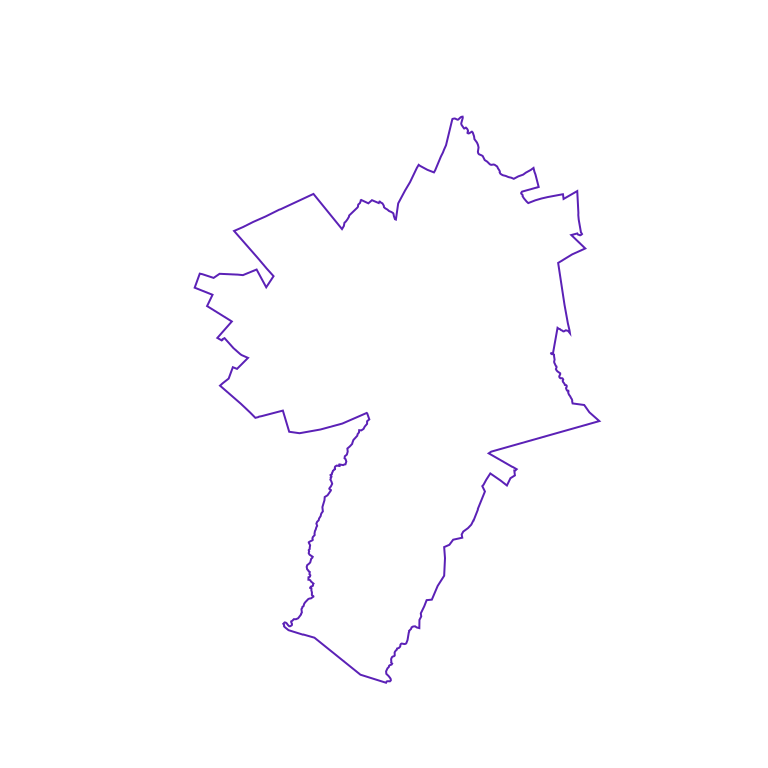 the district of Chirumhanzu, Midlands, Zimbabwe, rotated 23°
{"feature_id": "62879985B8175030067165", "entity_name": "Chirumhanzu", "entity_type": "district", "adm_level": 2, "iso_a3": "ZWE", "parent_name": "Zimbabwe", "parent_adm1": "Midlands", "projection": "orthographic", "projection_center": [30.527, -19.353], "detail": "fine", "context": "isolated", "style": "outline", "palette": "violet", "viewbox_px": 768, "rotation_deg": 23, "n_neighbors": 0, "source": "geoboundaries", "source_scale": "gbopen_adm2", "svg_char_len": 6165}
<svg xmlns="http://www.w3.org/2000/svg" viewBox="0 0 768 768"><g transform="rotate(23 384 384)"><path d="M437.2,126.7L435.4,129.7L432.0,134.0L430.3,136.9L426.5,140.4L423.3,144.4L420.4,144.4L417.8,144.9L414.8,144.9L411.7,145.4L410.1,145.2L408.9,144.9L407.8,144.0L407.8,143.5L407.0,142.5L404.6,140.9L403.2,139.6L400.3,139.0L399.2,139.1L397.0,140.4L395.6,140.4L392.1,139.0L389.2,138.5L385.8,135.6L384.5,135.4L381.7,135.4L380.7,134.9L379.7,133.6L378.6,129.3L377.0,127.1L375.2,125.4L371.6,123.3L370.1,120.8L367.4,117.8L366.3,117.4L364.4,120.0L363.7,120.4L362.8,120.3L362.5,119.5L362.6,118.5L362.1,117.7L360.8,116.6L359.2,116.0L358.3,117.3L357.8,117.5L354.2,115.2L353.4,114.3L353.2,113.6L352.5,108.2L351.9,107.2L351.3,107.5L350.4,108.4L349.0,111.6L348.3,112.0L345.7,111.9L344.9,112.2L343.5,113.2L343.4,113.4L347.8,140.0L347.7,145.0L347.8,147.9L347.5,152.3L347.6,167.4L347.3,169.7L340.3,169.9L331.8,169.1L330.3,168.7L329.8,172.3L329.1,188.0L327.8,197.6L326.5,212.2L330.7,228.0L329.7,228.0L327.6,225.7L326.1,223.5L325.5,223.1L323.6,222.8L321.1,222.8L318.9,222.1L316.5,221.8L315.0,221.3L314.0,219.8L311.9,218.3L310.7,218.3L308.8,217.7L308.6,217.8L308.5,219.5L301.1,219.5L299.0,223.8L291.1,223.5L290.8,224.0L291.1,224.7L291.1,227.0L290.2,228.8L290.3,229.6L290.7,230.6L290.7,231.7L286.1,242.5L286.4,243.7L286.0,246.8L285.3,249.6L284.6,250.9L285.3,254.3L284.8,257.8L244.8,236.6L220.5,263.6L219.5,264.4L209.6,276.0L200.3,285.9L193.0,294.5L186.2,301.7L218.1,317.1L231.0,323.6L240.2,327.9L237.8,341.0L222.0,328.4L211.6,338.9L206.8,340.4L189.6,346.8L185.7,352.9L173.9,353.9L171.3,354.4L172.1,369.3L191.3,368.9L190.7,381.4L219.5,385.9L212.6,406.7L217.6,407.3L218.1,406.4L217.9,405.8L219.3,404.1L231.4,409.8L239.8,412.6L241.5,413.0L248.6,413.1L242.8,427.5L238.3,427.6L238.9,439.7L235.2,446.4L233.7,449.6L259.9,458.1L272.0,462.6L278.8,465.4L281.2,463.6L281.7,462.9L283.8,461.5L301.3,448.0L315.4,465.0L325.5,462.3L343.3,450.7L361.1,436.7L379.4,417.4L380.1,417.7L384.3,422.3L383.0,424.9L384.0,427.3L382.9,430.7L382.7,433.4L381.2,435.6L379.2,436.2L379.9,438.4L379.3,440.4L379.6,442.1L377.7,447.5L377.9,450.6L378.1,451.6L376.9,454.9L375.5,457.7L377.0,460.4L377.4,463.5L376.2,465.8L376.7,467.8L378.0,468.2L379.6,470.1L379.9,473.0L379.0,473.5L378.1,474.6L374.3,475.5L374.3,475.8L375.1,476.2L375.2,476.8L372.3,477.6L371.3,479.1L371.3,479.9L372.1,481.2L372.2,481.6L371.5,482.2L371.5,482.8L370.9,483.9L371.1,484.8L370.9,485.8L371.3,487.6L371.2,487.9L370.7,488.1L370.3,488.7L370.9,489.4L371.9,489.9L371.9,490.2L371.5,491.1L372.1,492.0L372.0,493.0L373.6,494.2L375.3,496.1L375.1,499.3L374.7,500.2L374.5,501.6L374.8,502.0L376.6,502.4L376.7,502.8L375.5,508.5L373.6,511.2L374.6,514.2L375.4,521.4L377.5,525.2L377.0,527.0L376.9,528.4L377.3,530.3L376.8,533.2L377.1,535.0L376.3,536.9L376.3,538.9L377.9,540.7L377.7,542.4L378.0,544.6L377.9,546.4L378.5,548.9L379.2,550.1L378.3,552.7L378.4,554.0L379.2,555.1L379.3,555.7L377.7,557.5L376.6,559.0L376.7,559.4L379.0,561.3L379.6,563.8L380.1,564.9L379.6,566.1L379.8,566.7L380.5,567.3L380.7,568.8L380.9,569.3L382.2,570.2L385.9,570.9L385.9,571.9L385.3,573.4L385.8,577.1L385.2,578.7L384.1,580.7L384.3,582.6L385.7,584.6L387.4,585.3L387.8,585.8L389.1,586.0L389.3,586.6L389.3,587.1L389.6,587.5L389.7,588.2L390.9,588.8L391.1,590.1L390.9,590.6L390.0,591.4L390.9,593.7L391.8,593.4L392.9,593.5L393.9,594.3L397.1,595.3L396.9,596.0L397.3,596.9L397.3,597.7L395.9,599.1L395.6,600.3L395.8,600.6L396.7,600.2L397.3,600.9L397.6,602.1L399.1,604.0L400.0,606.3L400.3,606.6L401.8,606.9L402.1,607.3L400.5,609.9L399.1,610.7L398.3,611.6L396.8,615.6L396.4,617.3L396.7,620.0L396.0,621.0L396.2,622.0L396.0,623.5L397.7,626.5L397.5,627.3L397.5,628.3L397.7,628.6L396.5,633.2L394.9,634.9L392.9,635.7L392.1,637.8L391.3,638.8L391.7,639.6L392.9,640.6L393.4,641.7L393.2,642.4L392.2,643.7L391.4,644.0L390.0,643.5L387.7,642.2L387.0,642.1L385.9,642.2L385.7,642.3L385.0,644.1L386.3,644.9L386.5,645.9L387.4,646.5L392.3,647.9L407.4,646.4L407.7,646.1L419.1,644.7L475.9,660.8L502.6,658.2L502.7,656.8L503.6,656.1L505.6,655.4L506.1,654.2L505.5,653.0L504.5,652.2L502.3,651.0L499.4,649.9L498.2,647.7L498.3,644.4L499.0,642.7L498.8,641.3L499.3,640.5L500.6,639.3L500.8,638.2L499.4,637.6L499.2,636.6L498.2,634.8L498.0,634.0L498.1,632.2L498.7,631.3L499.6,630.6L499.9,630.0L499.9,629.6L498.7,627.0L498.7,626.2L499.1,624.5L499.6,623.6L499.4,622.4L500.8,621.2L501.4,619.7L501.4,618.8L501.0,617.7L501.1,616.8L501.7,616.0L504.4,615.4L505.4,614.7L505.8,614.0L505.7,610.5L503.9,603.0L504.0,602.2L503.5,601.5L504.6,598.9L504.5,597.2L505.5,595.9L507.3,594.9L509.3,595.3L511.9,594.9L508.8,587.3L509.1,583.4L507.5,580.8L507.9,572.9L507.7,566.3L512.3,563.8L512.3,548.9L514.3,537.0L508.2,520.5L503.1,510.6L507.0,506.5L508.5,500.3L516.1,494.9L514.3,492.2L514.6,488.9L517.6,483.9L519.3,479.4L519.6,474.5L519.8,474.5L519.5,462.9L519.2,462.4L518.9,443.5L514.4,439.6L515.0,437.8L515.5,432.4L516.8,424.8L529.0,427.3L536.8,429.4L537.2,421.3L540.2,417.0L537.8,412.8L538.5,412.6L539.4,410.6L534.4,410.0L534.8,410.2L507.5,406.9L509.1,404.4L596.7,334.0L584.1,329.8L576.5,325.1L565.2,328.2L564.0,326.5L563.7,325.6L562.7,324.5L561.2,323.5L560.4,322.7L558.4,321.5L556.9,320.0L556.8,319.0L556.3,318.2L555.4,318.6L554.5,318.1L553.4,317.0L553.1,316.6L553.3,315.2L552.9,314.3L552.3,313.9L550.8,314.2L550.1,313.3L547.8,312.0L547.2,311.2L547.3,310.0L546.4,309.2L545.5,309.1L544.6,309.7L543.4,309.6L542.5,308.9L542.3,308.1L542.4,306.2L542.0,305.3L538.7,304.6L537.5,304.0L536.4,303.1L536.3,301.1L535.8,300.4L535.2,300.3L532.4,297.8L531.9,297.0L531.5,294.9L529.7,292.0L529.0,290.5L528.2,290.5L526.9,290.9L525.9,290.7L525.9,290.2L527.6,289.9L521.8,264.5L523.5,264.9L524.3,264.7L525.9,265.2L527.3,265.2L528.3,265.5L529.0,265.3L530.4,263.5L532.8,263.2L535.3,264.6L533.7,262.0L529.6,256.4L519.3,240.7L497.0,204.5L506.6,191.1L516.3,180.6L498.2,173.7L503.1,169.9L504.0,170.6L506.4,170.5L507.3,169.5L507.7,168.6L506.0,167.4L499.0,156.6L496.8,152.5L496.1,150.6L486.5,130.9L477.0,143.5L474.6,139.4L474.4,139.5L461.6,148.0L456.5,151.7L451.5,155.8L446.1,161.1L444.1,160.4L440.2,158.4L438.2,157.0L437.9,156.1L437.5,155.7L435.9,155.1L435.6,154.3L435.9,153.0L449.4,142.2L441.5,131.9L439.5,129.8L437.2,126.7Z" fill="none" stroke="#5b21b6" stroke-width="2"/></g></svg>